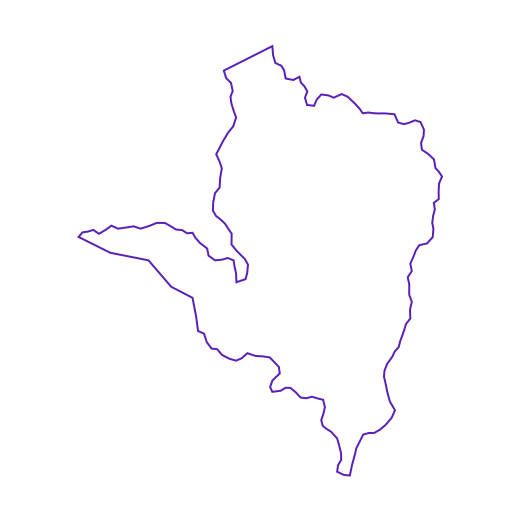 the district of Braço do Norte, Santa Catarina, Brazil, rotated 5°
{"feature_id": "56859067B64093274156036", "entity_name": "Braço do Norte", "entity_type": "district", "adm_level": 2, "iso_a3": "BRA", "parent_name": "Brazil", "parent_adm1": "Santa Catarina", "projection": "mercator", "projection_center": [-49.147, -28.249], "detail": "fine", "context": "isolated", "style": "outline", "palette": "violet", "viewbox_px": 512, "rotation_deg": 5, "n_neighbors": 0, "source": "geoboundaries", "source_scale": "gbopen_adm2", "svg_char_len": 2487}
<svg xmlns="http://www.w3.org/2000/svg" viewBox="0 0 512 512"><g transform="rotate(5 256 256)"><path d="M412.0,135.7L410.6,129.0L412.5,121.9L412.3,115.5L408.2,108.2L402.5,107.0L397.4,109.7L391.9,111.8L385.9,110.6L381.6,102.7L371.7,102.7L365.9,103.3L360.6,103.5L355.3,103.3L349.9,104.5L346.5,100.4L341.3,95.6L333.5,89.4L327.2,87.2L319.7,91.5L314.0,89.7L306.9,89.4L302.9,94.9L300.7,101.3L293.7,101.1L291.0,94.0L292.8,87.6L289.6,82.9L285.6,79.3L283.6,73.7L277.9,77.4L270.1,76.6L267.9,68.8L264.7,64.3L258.5,62.1L255.5,54.4L254.0,45.5L207.8,74.1L210.8,81.5L216.0,85.7L218.4,93.7L216.7,99.8L218.1,105.9L220.5,111.9L224.1,119.8L222.0,128.8L217.5,135.5L213.2,144.3L207.5,158.2L211.1,164.4L214.3,171.5L213.5,181.9L213.8,191.0L209.7,196.9L208.7,206.2L209.1,214.5L212.7,219.6L217.9,223.0L222.2,226.4L226.0,231.3L229.8,235.9L230.6,246.7L236.2,252.5L240.3,255.9L245.2,260.0L248.8,265.4L248.7,273.7L247.6,280.0L238.8,283.8L237.6,274.9L235.4,267.9L234.1,262.4L228.1,260.4L222.5,262.6L215.6,263.9L208.7,259.8L206.7,252.8L199.2,248.0L194.0,243.1L190.8,238.4L185.4,239.4L180.0,236.6L174.0,236.6L169.1,234.1L162.4,231.0L154.1,231.7L147.2,235.3L138.7,238.8L131.5,237.1L123.9,239.0L116.1,240.8L109.3,238.4L104.4,242.7L97.6,247.6L91.7,244.2L86.5,246.3L81.1,247.6L77.6,252.5L110.6,265.5L149.3,269.7L174.3,294.1L196.4,303.2L201.6,321.4L204.8,335.8L211.0,337.9L214.4,346.0L219.8,352.1L225.4,352.2L230.8,357.6L238.6,360.7L245.2,362.0L250.7,359.1L255.9,353.6L264.2,355.6L271.5,355.4L278.5,355.8L283.7,360.3L288.4,364.4L289.9,370.9L283.2,378.6L281.5,385.3L284.1,389.9L292.3,388.1L296.9,384.7L301.8,384.4L307.2,388.1L312.8,393.1L318.6,393.3L324.0,391.3L329.7,392.5L335.4,393.4L337.8,400.4L337.0,406.8L335.3,413.9L337.3,419.4L341.6,422.2L346.1,424.5L352.7,430.6L355.1,436.7L357.9,445.0L358.6,451.8L356.0,457.1L355.6,463.8L362.9,466.5L368.6,466.5L370.0,455.1L371.7,445.9L372.7,438.8L375.4,432.0L378.4,424.5L383.8,422.5L389.3,421.9L394.6,418.2L399.7,413.1L405.2,405.4L407.9,397.6L401.9,389.0L398.7,380.1L395.9,370.7L394.0,365.0L394.0,359.1L396.0,352.1L400.6,344.4L402.5,339.1L406.1,334.3L407.1,328.1L408.7,322.4L410.1,316.7L411.4,310.6L415.2,304.8L414.1,296.1L415.2,288.1L412.0,281.2L411.1,270.7L409.0,263.9L412.5,257.5L410.4,250.1L412.8,243.3L414.7,236.6L417.7,231.0L425.3,228.6L430.4,221.8L430.4,213.7L428.7,207.6L429.0,200.2L430.1,194.1L428.5,187.6L433.1,183.3L432.3,175.7L432.0,168.0L434.4,160.6L431.0,156.4L427.1,152.7L424.9,144.3L418.7,139.4L412.0,135.7Z" fill="none" stroke="#5b21b6" stroke-width="2"/></g></svg>